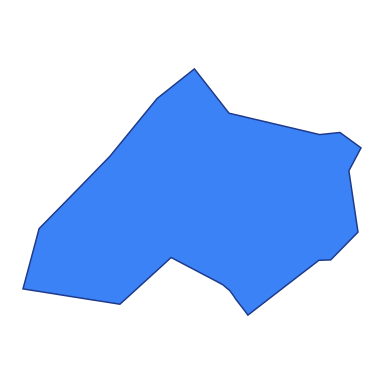 Itaueira, Piauí, Brazil (Albers equal-area conic projection)
{"feature_id": "56859067B67245959510015", "entity_name": "Itaueira", "entity_type": "district", "adm_level": 2, "iso_a3": "BRA", "parent_name": "Brazil", "parent_adm1": "Piauí", "projection": "albers", "projection_center": [-43.096, -7.478], "detail": "fine", "context": "isolated", "style": "filled", "palette": "blue", "viewbox_px": 384, "rotation_deg": 0, "n_neighbors": 0, "source": "geoboundaries", "source_scale": "gbopen_adm2", "svg_char_len": 592}
<svg xmlns="http://www.w3.org/2000/svg" viewBox="0 0 384 384"><path d="M119.9,304.2L128.3,296.6L162.6,265.3L166.0,262.2L171.1,257.5L203.1,274.3L208.7,277.2L223.1,284.9L225.3,286.9L229.8,290.6L233.8,296.1L235.7,299.1L243.9,309.7L247.9,315.1L279.8,290.4L299.5,275.2L318.9,260.3L330.7,259.9L358.0,232.1L348.9,170.8L350.3,168.1L352.0,164.9L361.0,147.9L340.0,132.5L319.6,134.6L313.8,133.2L248.9,117.9L246.8,117.4L229.0,113.2L204.8,82.2L194.4,68.9L157.2,98.4L109.8,156.4L64.5,202.8L39.1,228.6L36.0,240.3L23.0,288.9L89.8,299.5L119.9,304.2Z" fill="#3b82f6" stroke="#1e3a8a" stroke-width="1.5"/></svg>